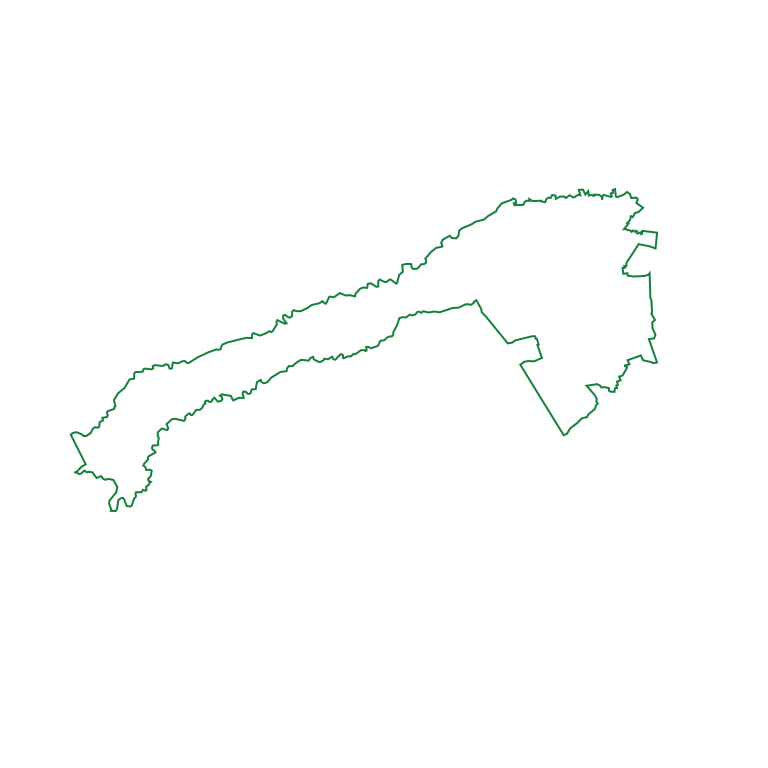 the district of Cuitláhuac, Veracruz, Mexico, rotated 150°
{"feature_id": "50627088B21126743543200", "entity_name": "Cuitláhuac", "entity_type": "district", "adm_level": 2, "iso_a3": "MEX", "parent_name": "Mexico", "parent_adm1": "Veracruz", "projection": "mercator", "projection_center": [-96.646, 18.79], "detail": "fine", "context": "isolated", "style": "outline", "palette": "green", "viewbox_px": 768, "rotation_deg": 150, "n_neighbors": 0, "source": "geoboundaries", "source_scale": "gbopen_adm2", "svg_char_len": 6120}
<svg xmlns="http://www.w3.org/2000/svg" viewBox="0 0 768 768"><g transform="rotate(150 384 384)"><path d="M136.8,266.1L132.1,290.5L127.3,288.4L124.2,291.1L123.6,298.0L120.9,303.2L117.3,304.0L117.3,311.2L116.3,311.4L110.5,323.0L110.2,325.5L98.6,347.1L100.4,346.4L104.6,347.4L114.3,352.4L118.8,356.0L117.8,358.2L121.7,359.8L119.3,365.3L117.0,364.2L116.9,366.0L115.0,365.1L113.7,367.5L93.5,377.8L85.0,370.3L81.1,365.6L71.8,378.5L83.6,387.4L85.6,384.9L86.3,385.1L85.0,387.0L89.1,387.4L89.7,388.9L89.4,389.9L88.6,389.9L89.1,390.8L91.1,390.9L91.8,392.6L93.6,392.1L94.0,394.0L95.9,395.2L96.9,397.2L98.8,398.1L92.2,400.6L93.0,401.8L89.1,402.8L86.3,405.9L85.1,404.1L81.2,406.6L77.9,405.7L71.5,407.1L74.9,414.5L72.2,416.7L71.8,418.0L72.8,419.5L76.9,421.4L76.0,425.5L77.4,428.7L81.9,428.1L88.5,429.2L89.4,430.6L86.5,437.2L88.9,437.7L90.1,435.1L92.3,435.6L92.7,432.8L93.7,432.4L99.4,438.0L101.1,437.2L102.9,434.4L101.9,437.0L102.8,440.0L107.0,442.8L107.3,442.0L108.5,441.9L109.3,443.9L112.5,444.9L110.8,448.9L114.9,447.4L114.5,452.9L118.2,454.6L119.6,449.3L121.0,450.7L126.0,450.7L126.9,451.1L129.0,454.7L133.5,454.1L134.2,456.3L138.0,458.3L142.6,458.4L141.3,461.4L143.8,463.6L146.6,461.8L148.3,463.1L150.6,463.1L153.6,460.9L156.6,463.6L156.2,464.1L163.9,468.1L165.7,471.6L166.5,469.9L169.0,471.5L171.1,471.3L173.8,469.5L181.7,473.7L181.1,475.7L179.0,474.8L178.4,475.9L178.0,478.3L179.5,480.2L181.2,479.7L191.5,481.5L197.6,479.6L200.8,477.4L209.9,477.4L215.2,476.4L223.7,478.8L228.0,478.5L238.6,479.8L242.2,479.2L245.6,475.0L248.6,474.0L252.3,476.6L253.1,479.6L261.0,479.6L264.0,477.5L264.4,474.2L265.1,473.9L270.6,475.8L277.1,474.9L285.6,471.9L285.7,469.9L287.1,468.0L289.4,467.8L291.9,469.1L296.1,467.5L298.4,467.5L301.4,469.3L301.7,471.5L300.4,474.2L304.9,477.0L308.7,478.0L311.6,471.7L316.3,470.9L322.3,464.8L323.3,464.8L325.7,470.6L326.8,471.7L330.5,471.2L332.2,471.7L335.5,476.6L337.6,476.0L340.1,471.3L342.0,472.0L344.9,477.6L348.0,478.9L350.5,475.7L354.1,478.1L357.2,478.4L363.2,476.5L365.3,474.4L369.1,477.9L372.9,479.8L376.8,484.8L384.0,484.2L387.3,486.8L388.2,486.7L393.9,482.6L394.9,483.2L395.9,486.5L399.7,486.3L407.3,488.6L412.5,488.1L419.8,488.7L423.5,491.0L425.4,493.2L427.4,492.5L429.7,488.7L431.7,488.4L433.3,489.3L435.2,493.3L436.1,493.7L436.9,493.7L438.6,491.5L438.1,485.3L439.7,485.7L444.5,492.7L446.1,491.6L447.0,489.1L454.4,485.3L455.8,485.4L457.1,487.2L460.4,486.9L467.1,487.9L471.7,493.4L473.3,493.0L475.3,489.8L480.5,493.0L498.7,498.2L503.6,498.9L505.3,498.4L508.0,495.9L510.4,496.4L512.0,497.8L519.8,499.2L532.3,500.3L542.7,499.8L544.0,500.7L545.1,503.6L547.5,504.6L551.8,504.8L556.2,508.1L559.8,503.6L560.7,503.8L562.0,504.6L561.2,508.1L562.5,509.5L563.8,510.5L566.4,510.1L573.0,514.9L575.4,515.1L576.0,512.9L578.3,513.1L582.9,516.6L584.8,517.1L586.9,515.3L593.4,518.6L595.1,517.9L597.7,513.6L602.2,515.2L610.4,510.4L618.9,508.9L625.9,505.1L627.8,498.9L628.8,498.9L630.2,497.3L636.9,498.6L638.2,498.0L638.9,495.0L640.4,493.9L644.8,495.5L645.5,493.0L649.3,493.2L652.1,489.3L653.8,489.3L655.7,491.0L658.4,490.9L662.4,488.2L667.6,487.8L670.3,489.2L670.6,491.1L674.3,495.9L677.8,497.2L680.6,496.7L682.5,463.6L687.9,463.5L693.5,461.7L696.5,462.1L694.5,461.1L693.0,458.4L691.0,457.9L686.8,458.8L685.4,456.0L683.5,455.6L680.7,453.3L679.9,446.3L675.0,445.6L674.6,442.1L673.3,440.5L670.0,439.5L666.3,436.2L666.5,428.1L670.0,424.1L679.8,420.3L681.9,418.1L683.0,411.5L684.0,410.8L680.0,408.2L677.7,409.3L672.3,416.1L669.8,416.7L667.1,416.0L666.7,414.6L667.8,406.9L664.6,404.6L663.2,404.8L657.6,409.8L655.7,410.2L654.6,411.3L654.2,413.2L652.8,414.3L648.3,411.6L645.5,412.8L644.1,410.8L642.8,410.9L641.2,414.1L638.2,414.3L636.7,415.5L634.8,415.7L636.3,418.0L635.7,419.8L631.9,420.9L628.5,425.1L629.3,426.7L632.9,428.4L632.2,431.6L633.2,433.6L632.0,434.7L626.1,436.6L624.8,438.7L623.4,439.1L616.1,439.0L616.1,440.9L617.2,442.9L616.8,444.8L615.0,446.3L611.2,444.3L609.7,444.3L609.1,446.4L606.0,449.8L606.1,451.6L604.6,454.6L603.2,455.6L598.5,456.5L594.9,452.5L593.0,453.3L592.3,458.0L585.0,459.5L581.9,458.0L575.6,452.0L573.6,453.0L572.4,455.2L568.4,456.1L566.9,455.7L567.0,453.9L565.2,453.0L559.7,455.4L556.2,453.7L553.6,454.2L550.4,456.2L548.3,456.5L548.1,458.2L546.6,458.5L544.8,457.5L544.1,455.6L542.0,455.0L540.0,456.5L537.8,457.0L536.7,451.8L533.6,450.9L531.7,451.4L530.9,454.1L531.9,456.0L529.7,456.2L522.6,450.3L522.9,445.2L516.6,444.6L512.4,442.1L511.0,446.9L509.4,447.8L507.4,446.0L507.0,443.8L505.4,442.7L504.1,442.8L501.3,445.5L497.7,443.7L493.1,449.1L489.6,449.4L488.6,448.8L489.2,448.0L488.7,446.2L487.5,444.6L484.4,443.9L478.4,445.9L467.6,446.2L462.0,443.8L459.9,446.1L457.6,447.1L454.0,445.1L451.6,446.0L444.6,446.5L442.1,445.4L437.7,441.9L434.8,443.3L431.9,443.0L432.5,440.4L429.5,435.8L428.1,434.9L424.4,434.8L423.1,435.8L420.0,433.4L415.3,433.6L415.4,431.0L414.8,429.8L413.5,429.5L407.5,431.4L406.0,431.1L405.1,429.4L406.4,427.2L406.0,426.4L400.9,425.9L399.1,424.5L394.9,425.2L393.9,424.1L386.9,424.8L384.2,423.2L383.5,421.7L382.3,421.7L380.9,425.0L379.2,424.2L377.6,421.6L371.8,420.3L370.0,420.1L365.7,423.2L361.6,421.8L358.2,422.7L355.4,422.4L353.6,421.3L351.6,421.9L349.9,424.3L343.1,428.5L337.9,433.3L334.9,432.8L331.6,430.6L327.1,431.2L325.5,429.5L322.1,428.5L319.5,429.6L317.8,429.4L316.0,427.0L313.7,427.4L309.5,423.6L304.2,421.6L300.0,418.3L286.6,415.5L281.1,412.8L274.2,412.3L271.3,411.1L269.3,409.1L265.9,409.2L265.3,410.2L262.2,410.4L262.3,400.4L263.5,397.2L262.1,391.9L256.5,357.3L252.4,355.8L248.4,356.1L231.9,351.3L229.3,349.8L230.0,347.4L229.0,346.8L230.4,340.8L231.6,341.1L234.2,327.6L242.7,328.6L247.7,331.8L251.3,333.1L256.3,332.6L254.0,249.8L250.5,249.4L245.1,252.4L235.5,253.7L230.1,255.4L224.7,253.9L222.1,255.5L214.1,256.8L210.8,259.7L208.7,260.2L209.0,262.5L207.2,264.7L207.1,269.2L209.4,281.2L199.5,277.3L197.7,274.7L197.5,272.4L194.0,270.6L191.3,267.9L192.5,265.6L191.9,264.3L188.3,262.0L186.3,264.8L184.3,264.0L183.6,266.5L181.8,266.3L181.0,269.6L177.3,269.0L176.7,272.8L173.1,272.1L165.9,276.2L165.1,277.3L166.4,279.1L166.0,279.6L161.7,278.3L161.2,282.8L147.3,280.3L147.8,275.1L141.4,269.1L140.6,267.5L136.8,266.1Z" fill="none" stroke="#15803d" stroke-width="2"/></g></svg>